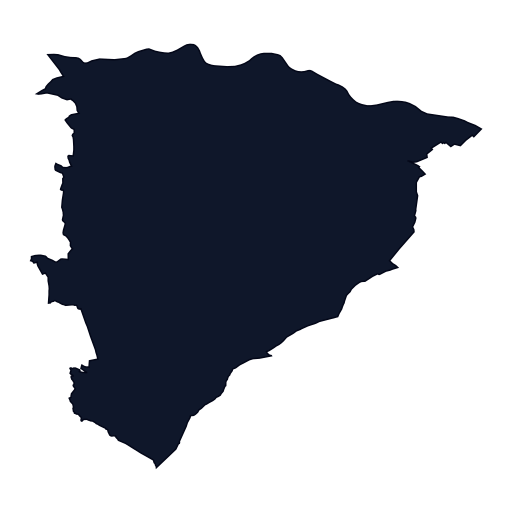 Campulung La Tisa, Maramures, Romania (Natural Earth projection)
{"feature_id": "2599482B2872053894930", "entity_name": "Campulung La Tisa", "entity_type": "district", "adm_level": 2, "iso_a3": "ROU", "parent_name": "Romania", "parent_adm1": "Maramures", "projection": "natural_earth1", "projection_center": [23.748, 47.96], "detail": "fine", "context": "isolated", "style": "filled", "palette": "ink", "viewbox_px": 512, "rotation_deg": 0, "n_neighbors": 0, "source": "geoboundaries", "source_scale": "gbopen_adm2", "svg_char_len": 5776}
<svg xmlns="http://www.w3.org/2000/svg" viewBox="0 0 512 512"><path d="M156.4,467.6L175.8,449.1L178.3,443.9L179.3,443.3L179.5,442.3L179.3,441.5L186.1,426.4L187.3,422.6L189.9,417.8L190.5,415.8L191.0,415.6L193.7,415.3L195.4,414.2L197.6,412.2L198.8,410.0L201.3,408.3L205.0,404.7L206.6,404.0L209.2,402.4L212.6,400.6L214.8,399.0L216.2,397.3L218.3,396.4L220.3,395.1L221.1,393.6L223.1,391.2L223.6,389.5L224.6,387.0L224.9,386.3L225.7,385.7L225.8,381.8L226.5,380.4L227.3,379.4L227.6,378.1L228.3,376.3L229.7,374.9L230.1,373.6L232.1,370.8L232.5,369.3L232.8,368.9L235.6,367.8L239.6,364.8L249.4,359.7L252.9,358.6L259.4,358.1L271.4,355.8L271.3,355.6L269.5,355.2L268.5,354.5L267.1,353.1L266.4,351.6L268.7,350.8L273.6,347.7L276.3,345.8L278.8,344.5L281.1,342.8L283.4,340.7L286.5,337.1L293.5,333.0L296.3,330.9L300.4,329.3L301.3,328.7L307.7,325.8L315.8,323.1L319.3,321.4L337.7,316.6L339.0,313.5L341.6,309.0L342.3,306.8L343.4,304.1L344.0,303.0L344.5,300.9L346.4,295.4L348.1,293.5L350.0,291.7L351.3,289.2L355.2,285.3L359.0,282.6L360.5,281.8L361.7,281.4L365.0,281.2L372.5,276.3L376.9,274.1L377.8,273.8L378.9,274.4L379.5,274.4L385.9,271.1L390.0,270.1L392.4,269.1L397.7,267.5L395.7,265.6L392.6,263.7L389.5,260.7L399.5,248.4L414.0,231.9L413.8,229.7L412.5,226.9L414.8,222.2L415.8,218.2L415.6,217.2L414.4,215.9L415.8,210.7L415.7,209.3L417.6,195.7L416.3,191.9L416.3,182.4L419.4,176.8L421.4,176.3L425.1,174.1L422.2,171.0L418.6,167.5L419.4,166.7L417.8,165.6L407.4,160.6L410.9,161.6L414.4,162.1L416.8,161.7L427.1,157.4L426.7,154.0L432.3,149.5L431.2,148.2L440.8,142.1L442.6,143.4L443.5,142.5L444.8,143.4L445.9,142.3L450.8,146.5L454.4,144.1L460.4,145.6L465.9,140.1L472.2,135.2L473.8,136.7L481.3,129.0L475.2,125.5L467.5,122.5L464.5,120.9L457.9,118.6L453.2,117.3L447.9,117.1L427.1,114.0L421.3,111.4L415.4,106.6L409.5,103.6L405.5,102.3L401.5,101.7L397.5,101.4L393.4,101.5L387.9,102.5L376.9,105.1L370.9,105.9L367.1,105.9L361.8,104.7L358.7,103.6L355.9,102.2L353.0,99.7L350.5,97.1L348.5,94.4L346.8,91.1L345.1,89.1L342.3,87.0L338.4,85.0L335.9,84.2L330.6,81.5L317.0,74.3L311.8,71.2L310.0,70.6L308.2,70.7L304.5,71.7L301.3,72.0L298.0,71.7L295.1,70.9L291.5,69.1L289.2,67.5L287.9,66.1L282.2,57.8L280.1,55.7L277.8,54.8L271.6,53.5L263.8,53.5L260.7,54.0L257.4,55.1L254.1,56.9L251.6,58.8L249.6,60.7L244.8,63.5L241.0,65.0L235.0,66.5L227.2,66.8L214.5,65.9L211.5,65.4L208.1,64.3L205.9,63.2L204.3,61.5L202.3,58.0L200.2,53.2L199.4,50.9L197.5,47.6L195.4,45.6L193.6,44.7L190.1,44.4L186.9,44.9L184.4,46.1L177.3,50.2L172.5,52.3L168.4,53.3L164.1,53.0L159.6,52.3L155.0,51.3L148.9,49.0L146.4,49.3L138.4,51.7L134.9,53.3L131.1,55.9L127.3,58.1L125.5,58.6L114.5,59.8L99.6,59.1L91.8,60.9L87.7,62.9L85.8,63.2L84.2,63.1L82.9,62.4L80.3,59.5L78.4,58.3L76.0,57.8L70.6,57.6L64.6,56.7L58.1,54.8L53.9,54.5L47.9,54.7L59.5,69.7L60.7,71.9L63.6,76.4L56.8,78.0L52.7,79.6L50.9,81.7L48.4,84.0L46.2,86.6L45.4,88.8L42.3,90.4L36.8,93.8L38.4,94.1L41.3,93.8L45.8,93.0L47.8,93.0L57.8,95.2L61.9,97.9L67.0,99.7L71.0,98.9L71.3,99.5L73.0,100.6L75.4,103.1L76.9,106.6L77.2,110.4L79.0,113.3L71.3,114.8L69.4,116.1L69.4,116.5L68.4,117.6L66.4,118.8L65.2,120.0L67.2,122.9L71.2,127.8L72.3,128.5L73.8,129.1L74.2,130.0L74.3,133.0L73.0,134.1L72.6,134.7L72.3,135.6L73.1,137.0L73.5,139.3L73.9,146.6L73.9,150.1L73.2,155.9L70.7,155.8L68.9,155.5L68.0,156.2L68.2,158.2L69.1,160.0L69.7,162.3L71.6,166.2L69.7,166.6L67.9,167.4L66.3,167.7L62.8,167.5L61.0,165.8L57.2,164.3L55.9,163.5L55.0,165.9L54.9,166.9L55.2,169.6L55.7,170.3L60.3,172.5L62.3,173.1L62.7,173.8L63.9,177.2L62.8,178.6L62.9,183.4L62.4,184.1L60.7,188.8L60.6,189.5L61.7,190.1L63.3,190.2L63.6,191.3L63.5,193.2L62.4,200.1L61.8,207.3L62.5,209.2L63.3,212.5L63.3,213.8L63.5,215.1L62.5,219.7L62.7,220.6L65.0,222.7L65.2,223.3L65.1,224.7L63.5,230.2L63.1,232.8L63.5,234.6L66.0,235.9L67.8,237.9L69.6,240.6L70.0,241.4L70.5,241.8L70.4,245.7L71.8,248.0L72.5,248.8L70.9,250.4L68.2,253.8L68.3,259.5L62.3,259.0L60.9,259.1L57.2,261.9L55.9,262.2L54.8,261.8L52.4,260.4L47.4,258.3L46.3,257.0L45.3,256.2L40.9,255.3L38.6,255.3L35.1,255.6L31.5,256.6L31.5,258.8L30.7,260.7L32.1,261.1L32.9,261.6L33.9,263.0L37.1,262.1L37.4,262.7L37.2,263.6L37.9,265.9L42.5,274.1L45.4,273.0L48.2,277.2L48.2,280.9L49.1,285.9L49.3,288.8L49.1,290.8L49.1,294.9L48.5,303.1L49.1,303.1L49.5,302.7L50.3,302.9L51.3,301.7L53.6,301.2L54.4,300.6L55.2,300.6L57.3,301.8L59.0,302.3L59.6,302.8L62.4,304.3L63.6,304.5L65.6,305.3L71.4,304.8L73.5,304.8L74.4,305.2L76.1,305.2L76.5,305.3L77.1,306.0L77.2,306.7L77.8,308.2L78.4,308.8L79.8,309.1L80.6,309.1L80.7,308.7L80.9,308.7L85.8,322.8L87.4,326.5L90.6,336.3L95.5,349.7L96.1,352.5L96.9,354.9L97.9,359.1L89.5,360.8L89.0,367.3L87.9,367.0L86.8,367.1L85.4,366.9L83.8,366.3L81.9,365.1L81.7,365.6L81.0,368.5L82.1,369.1L85.8,371.9L87.3,372.6L82.6,372.5L79.4,371.6L79.9,370.5L79.6,369.9L75.5,368.1L73.6,368.1L72.8,368.7L71.1,368.0L70.4,368.0L70.0,368.3L71.2,370.9L70.6,371.5L70.6,372.3L70.2,372.8L70.1,373.3L70.8,374.1L72.4,375.0L73.2,375.8L73.0,376.1L71.3,376.2L71.1,377.0L71.8,379.2L73.2,380.8L73.4,381.6L74.2,382.5L74.3,382.9L74.0,383.5L74.2,383.8L74.2,384.4L73.3,385.0L73.2,385.4L73.4,386.1L75.2,388.6L74.6,389.8L71.5,393.7L71.1,396.0L71.1,397.3L69.2,398.2L70.0,400.0L70.4,401.4L72.7,403.9L73.0,404.6L73.6,407.7L73.0,408.2L73.5,411.4L74.7,412.7L74.6,413.2L75.4,413.3L76.3,414.0L78.3,414.2L78.8,414.5L79.1,415.3L81.1,417.3L81.4,417.8L81.0,420.2L81.2,420.8L81.7,421.1L82.1,421.0L82.9,420.0L84.0,419.4L87.0,419.3L88.1,419.9L91.0,420.9L92.4,420.9L93.4,421.5L95.3,422.6L96.3,423.6L97.9,424.2L99.3,425.2L105.5,428.2L106.0,429.1L106.7,429.2L107.8,429.9L108.2,431.8L109.8,435.1L111.1,435.9L112.0,436.0L113.3,435.7L115.8,436.1L116.0,437.3L117.8,439.1L118.2,440.0L118.7,440.4L125.7,443.4L141.2,453.1L153.3,459.9L153.6,460.5L154.1,462.4L154.4,463.0L155.1,463.4L155.6,465.4L156.3,466.5L156.4,467.6Z" fill="#0f172a" stroke="#020617" stroke-width="1.5"/></svg>